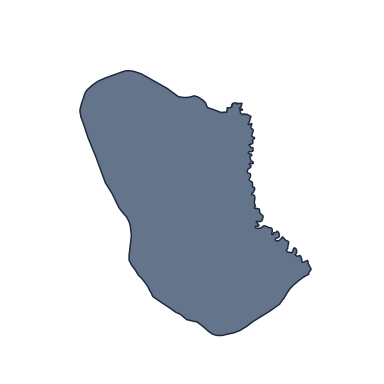 outline of Xaybuathong, Khammouan, Laos, rotated 239°
{"feature_id": "54806243B39902865855878", "entity_name": "Xaybuathong", "entity_type": "district", "adm_level": 2, "iso_a3": "LAO", "parent_name": "Laos", "parent_adm1": "Khammouan", "projection": "albers", "projection_center": [105.527, 17.166], "detail": "fine", "context": "isolated", "style": "filled", "palette": "slate", "viewbox_px": 384, "rotation_deg": 239, "n_neighbors": 0, "source": "geoboundaries", "source_scale": "gbopen_adm2", "svg_char_len": 6020}
<svg xmlns="http://www.w3.org/2000/svg" viewBox="0 0 384 384"><g transform="rotate(239 192 192)"><path d="M241.5,279.5L242.0,280.3L242.5,280.3L242.7,279.6L243.4,278.7L243.6,278.1L244.2,277.1L244.1,276.2L244.3,275.9L244.7,275.9L244.9,276.0L245.1,276.1L245.7,275.7L246.3,274.5L246.8,273.1L247.0,272.4L246.4,272.2L246.0,272.2L245.9,272.0L246.0,271.8L246.2,271.7L246.3,271.4L246.2,271.0L246.0,270.8L244.7,270.3L244.4,270.0L244.4,269.4L244.8,268.8L244.6,268.2L244.6,267.9L245.1,267.1L245.5,266.2L245.9,265.9L246.1,265.6L245.9,265.3L244.7,265.0L244.4,264.4L243.6,263.5L242.9,263.1L242.6,262.8L242.8,262.1L242.9,261.8L243.5,261.2L244.0,260.8L244.1,260.5L244.1,259.7L244.9,258.7L244.9,258.3L245.0,258.1L251.9,252.6L256.5,248.7L261.4,249.5L264.8,248.8L270.4,246.1L273.3,243.4L274.5,238.8L277.0,233.9L280.6,229.5L285.5,227.4L293.7,224.0L300.4,220.2L319.5,209.3L324.2,205.3L326.2,203.3L328.2,200.9L329.3,199.0L330.2,197.0L331.1,193.2L334.3,177.0L335.1,171.2L335.4,167.5L334.9,161.9L333.7,155.3L332.9,153.1L332.1,151.7L331.1,150.2L329.1,148.1L324.3,142.4L320.6,138.7L318.5,137.3L316.4,136.6L313.5,135.4L306.9,134.2L292.2,130.9L272.2,127.8L244.6,122.5L235.3,122.7L231.3,122.7L223.1,121.9L216.0,121.3L208.7,122.2L204.8,123.0L200.9,122.9L197.7,122.5L194.7,121.6L186.0,117.7L169.9,105.3L165.8,102.9L160.0,102.6L155.2,103.2L148.3,103.2L144.4,104.3L139.5,105.0L134.0,105.5L129.6,105.0L126.8,105.1L122.7,104.6L120.2,105.6L113.7,108.6L104.7,112.9L97.3,116.1L93.1,119.1L85.5,121.6L80.8,126.3L79.0,128.3L77.7,129.5L72.6,131.6L68.1,133.1L64.0,134.4L60.0,136.2L57.9,137.8L56.3,139.4L53.7,143.5L49.7,155.5L49.0,159.4L48.6,162.0L48.7,169.8L49.6,178.4L49.8,197.1L50.8,209.3L53.0,214.5L53.7,216.4L55.6,219.6L58.3,225.3L59.9,230.7L61.0,237.3L61.6,243.2L61.4,249.8L62.0,249.8L62.5,250.2L63.1,251.3L63.7,253.2L64.1,253.7L64.4,254.1L64.9,254.4L65.5,254.5L68.7,254.6L71.1,254.8L72.4,255.5L73.5,255.8L74.0,255.5L74.3,251.8L74.4,251.3L74.6,250.8L74.9,250.5L75.2,250.3L75.5,250.2L75.8,250.3L76.9,251.1L77.4,251.3L80.6,252.0L80.9,252.1L81.3,252.0L82.0,251.7L82.3,250.3L82.8,249.2L83.1,248.8L83.8,248.4L84.7,248.1L85.0,248.1L85.2,248.3L85.6,249.6L86.1,250.4L86.5,250.7L87.4,251.3L89.2,251.9L90.2,251.7L91.1,251.2L91.3,250.9L91.4,250.4L91.2,249.9L89.4,247.9L88.9,246.8L88.8,245.8L89.0,245.4L89.2,245.2L90.0,244.6L90.3,244.3L90.7,243.6L91.0,243.3L91.9,242.8L92.4,242.8L92.9,242.7L93.3,242.9L93.6,243.2L94.2,244.7L94.6,245.1L96.3,246.4L98.4,248.4L98.9,248.8L99.4,249.0L100.1,249.0L100.6,248.8L102.2,247.6L102.9,247.2L104.4,247.0L105.6,246.9L106.5,246.6L106.8,246.4L106.8,245.9L106.6,245.4L106.1,244.5L105.8,243.5L105.6,242.1L105.6,241.4L105.9,240.3L106.1,239.9L107.0,239.1L107.4,238.8L107.8,238.7L108.2,238.9L108.6,239.1L109.0,239.7L109.0,240.1L109.0,240.5L108.5,242.4L108.7,243.4L109.0,243.8L109.5,244.3L110.0,244.6L111.2,245.1L112.6,245.3L113.3,245.2L113.9,245.0L114.4,244.7L114.5,244.5L114.6,244.3L114.1,243.3L114.1,243.0L114.9,241.4L114.9,241.1L114.8,240.8L114.0,239.7L113.9,239.4L113.9,239.1L114.0,238.8L114.3,238.6L114.6,238.6L115.0,238.7L115.5,239.0L116.7,240.3L117.2,240.7L118.7,241.5L119.7,241.6L120.1,241.5L120.6,241.2L121.5,240.1L122.1,239.4L124.8,237.6L125.7,236.6L126.0,236.2L126.1,235.4L125.9,234.3L125.8,232.7L126.3,231.0L126.6,230.3L127.0,229.6L127.9,228.6L128.4,228.3L129.0,228.2L129.6,228.5L129.8,228.7L129.8,229.1L129.6,229.7L128.8,230.7L128.6,231.2L128.7,231.8L128.9,232.1L129.3,232.3L129.7,232.3L132.9,231.6L133.2,231.6L133.4,231.8L133.5,232.3L133.4,232.5L132.4,233.6L131.6,235.0L131.4,235.9L131.4,237.2L131.6,237.6L131.9,238.0L132.9,238.8L133.3,239.3L133.9,240.0L134.4,240.3L135.2,240.5L135.6,240.5L136.7,240.0L137.9,239.6L138.9,239.5L139.9,239.7L142.6,240.9L142.9,240.8L143.0,240.7L143.6,239.8L144.7,239.0L145.4,237.7L145.7,237.5L146.2,237.4L146.7,237.8L147.0,238.5L147.5,239.2L147.7,239.3L149.5,239.4L150.4,239.8L152.0,240.8L153.1,241.8L154.8,243.0L156.1,243.5L156.9,243.7L157.2,243.6L158.7,242.1L158.9,242.0L159.5,242.0L159.8,242.3L159.9,242.5L160.1,243.6L160.0,244.0L160.3,244.8L160.5,245.1L161.3,245.6L161.4,245.8L161.5,246.6L161.7,246.9L162.4,247.3L162.6,247.5L163.5,247.7L163.8,247.8L164.1,247.6L164.8,246.6L165.1,246.6L167.1,247.6L168.6,248.5L169.4,248.7L169.7,248.7L171.1,247.6L172.0,247.3L172.7,247.2L173.0,247.3L173.9,248.1L175.3,250.2L176.0,250.7L176.7,251.1L177.6,251.3L178.4,250.8L179.6,249.7L180.2,249.6L180.4,249.6L181.6,250.4L182.2,251.0L182.5,251.6L182.8,251.9L182.9,252.3L183.0,252.6L182.8,254.1L182.9,254.7L183.2,255.3L184.1,256.0L184.4,256.1L184.8,256.0L185.1,255.8L185.9,255.4L186.2,255.4L186.6,255.7L186.6,256.0L186.6,256.5L185.1,258.5L185.0,259.1L185.1,259.3L185.8,259.8L186.2,259.8L187.2,259.4L187.9,258.9L188.2,258.7L188.5,258.8L190.4,259.1L192.3,259.7L192.5,259.8L192.5,260.0L192.5,261.7L192.7,262.1L192.9,262.3L193.2,262.5L193.4,262.5L193.7,262.3L195.0,260.9L196.2,260.3L196.7,260.5L197.0,261.0L197.1,261.8L196.9,262.2L196.4,262.8L196.0,263.6L195.8,264.4L195.8,265.3L196.1,265.6L196.8,266.1L198.1,266.8L198.4,266.9L198.7,266.9L198.9,266.8L199.3,265.9L199.7,265.6L200.0,265.5L202.1,265.2L203.0,265.2L203.1,265.3L203.1,265.6L202.7,266.4L202.4,268.3L202.4,268.7L202.6,269.2L203.6,270.0L204.9,270.5L205.2,270.7L205.4,271.0L205.6,272.7L205.9,273.3L206.2,273.5L206.4,273.6L206.7,273.4L207.9,272.4L208.6,272.0L209.4,272.2L210.5,273.1L211.6,274.4L212.0,275.0L213.5,276.3L214.0,276.4L214.3,276.5L214.9,276.0L215.4,275.7L216.1,275.5L216.4,275.5L217.2,275.9L217.5,276.1L218.8,277.6L219.4,278.2L219.8,278.3L220.2,277.9L220.2,276.1L220.5,275.5L220.8,275.2L221.2,275.1L221.5,275.2L223.0,277.8L225.2,279.9L225.5,280.2L225.9,281.2L226.3,281.4L226.5,281.4L228.1,280.4L229.8,279.5L230.4,279.2L230.5,278.9L230.4,278.5L230.5,278.0L231.0,277.7L231.5,277.4L231.8,277.3L232.1,277.0L232.4,276.5L232.4,276.1L232.1,275.5L232.3,275.3L232.5,275.0L233.0,274.7L234.1,274.4L235.1,274.4L236.9,274.9L237.0,275.2L237.0,275.5L236.3,277.2L236.3,277.5L236.6,277.7L237.1,277.7L237.3,277.6L238.5,275.9L239.2,275.7L239.4,275.8L239.6,276.4L239.7,277.8L240.0,278.3L240.7,279.0L241.5,279.5Z" fill="#64748b" stroke="#1e293b" stroke-width="1.5"/></g></svg>